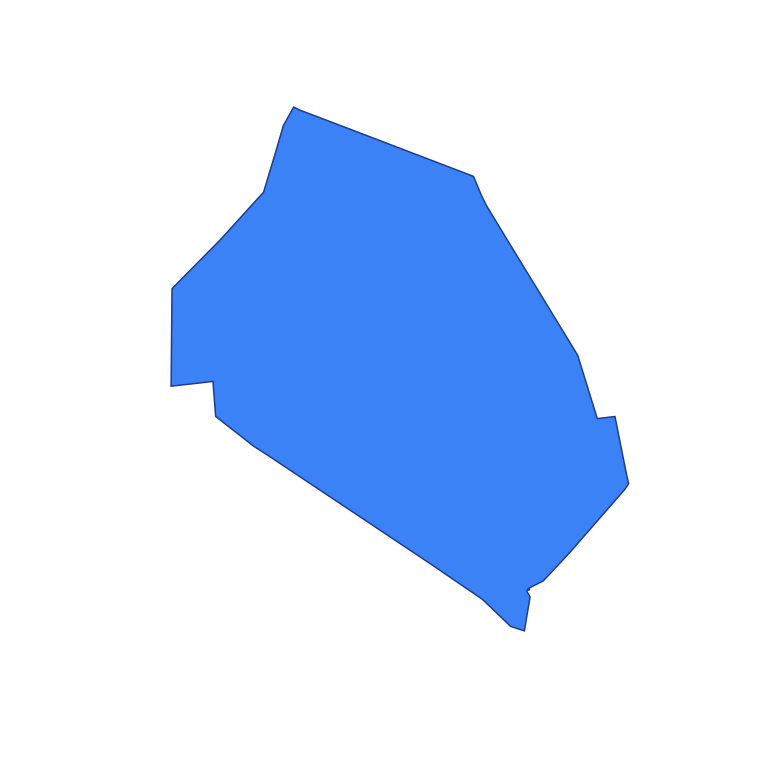 Wilson, North Carolina, United States of America, rotated 239°
{"feature_id": "52423323B63255212949591", "entity_name": "Wilson", "entity_type": "district", "adm_level": 2, "iso_a3": "USA", "parent_name": "United States of America", "parent_adm1": "North Carolina", "projection": "robinson", "projection_center": [-77.978, 35.725], "detail": "fine", "context": "isolated", "style": "filled", "palette": "blue", "viewbox_px": 768, "rotation_deg": 239, "n_neighbors": 0, "source": "geoboundaries", "source_scale": "gbopen_adm2", "svg_char_len": 747}
<svg xmlns="http://www.w3.org/2000/svg" viewBox="0 0 768 768"><g transform="rotate(239 384 384)"><path d="M491.8,200.4L474.3,238.7L442.9,223.0L397.9,240.2L381.0,248.5L207.4,330.5L205.9,331.2L148.6,357.5L141.6,359.4L141.2,359.5L111.0,367.7L100.1,377.2L126.2,399.5L132.3,399.7L133.3,400.1L133.7,401.3L132.7,401.9L132.7,402.7L134.3,402.5L134.1,406.6L133.2,419.2L143.9,456.6L169.9,536.9L172.8,542.5L174.2,542.9L182.4,545.6L229.6,562.5L230.3,562.8L237.2,565.2L244.5,549.0L308.8,564.8L390.9,564.3L395.6,564.2L443.1,563.9L484.1,563.7L497.4,564.8L498.4,565.1L515.9,567.6L629.6,478.5L662.4,452.7L667.9,449.2L657.4,430.9L637.8,409.7L610.4,379.5L605.1,361.7L591.8,317.5L574.9,251.4L491.8,200.4Z" fill="#3b82f6" stroke="#1e3a8a" stroke-width="1.5"/></g></svg>